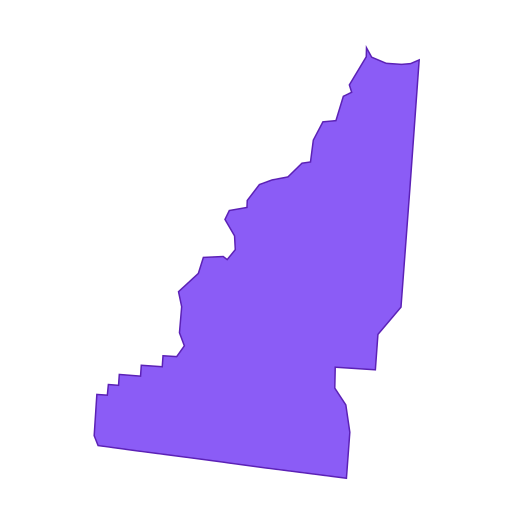 outline of Jefferson, Florida, United States of America, rotated 184°
{"feature_id": "52423323B23187437311114", "entity_name": "Jefferson", "entity_type": "district", "adm_level": 2, "iso_a3": "USA", "parent_name": "United States of America", "parent_adm1": "Florida", "projection": "mercator", "projection_center": [-83.844, 30.378], "detail": "fine", "context": "isolated", "style": "filled", "palette": "violet", "viewbox_px": 512, "rotation_deg": 184, "n_neighbors": 0, "source": "geoboundaries", "source_scale": "gbopen_adm2", "svg_char_len": 902}
<svg xmlns="http://www.w3.org/2000/svg" viewBox="0 0 512 512"><g transform="rotate(184 256 256)"><path d="M150.3,40.6L150.1,86.7L156.0,113.7L168.2,129.7L169.2,150.6L129.0,150.8L128.9,186.3L107.8,215.1L107.2,332.7L106.9,463.0L115.2,458.7L124.2,457.3L139.6,457.3L154.5,462.4L160.3,471.4L159.9,462.4L174.8,433.2L172.0,426.0L180.0,421.4L185.7,396.6L198.6,394.5L206.9,375.6L208.2,353.6L216.6,351.8L229.7,337.1L245.3,333.0L257.6,327.5L268.6,310.8L268.4,303.8L285.8,299.5L289.5,290.3L278.8,274.6L277.1,260.9L284.5,250.4L288.7,253.2L308.4,250.9L312.3,234.6L330.8,215.0L326.6,200.2L327.0,174.1L321.2,161.4L328.1,150.1L341.8,150.0L341.8,139.0L362.8,139.0L362.8,128.1L384.1,128.3L384.1,117.4L394.3,117.5L394.6,106.8L405.1,106.8L404.9,65.5L400.3,55.9L360.9,53.3L359.2,53.2L316.9,50.7L274.6,48.1L268.1,47.6L246.4,46.2L231.0,45.2L230.6,45.2L150.3,40.6Z" fill="#8b5cf6" stroke="#5b21b6" stroke-width="1.5"/></g></svg>